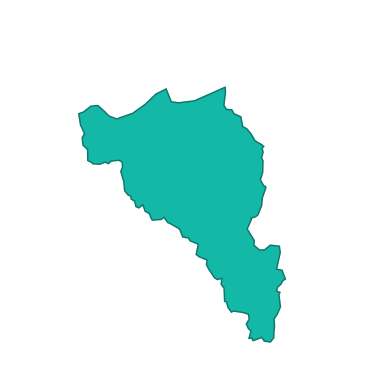 Maunabo, Puerto Rico (Equal Earth projection), rotated 205°
{"feature_id": "32010507B22166841242195", "entity_name": "Maunabo", "entity_type": "district", "adm_level": 2, "iso_a3": "PRI", "parent_name": "Puerto Rico", "parent_adm1": "", "projection": "equal_earth", "projection_center": [-65.926, 18.02], "detail": "fine", "context": "isolated", "style": "filled", "palette": "teal", "viewbox_px": 384, "rotation_deg": 205, "n_neighbors": 0, "source": "geoboundaries", "source_scale": "gbopen_adm2", "svg_char_len": 1904}
<svg xmlns="http://www.w3.org/2000/svg" viewBox="0 0 384 384"><g transform="rotate(205 192 192)"><path d="M57.5,89.2L56.3,94.5L58.7,100.0L60.6,105.5L64.0,111.5L63.1,117.0L63.3,125.3L69.8,135.6L69.9,138.2L73.4,137.8L74.3,141.9L72.4,146.0L72.3,150.0L70.5,152.5L77.4,159.2L82.7,157.7L86.5,174.5L89.9,179.8L98.6,176.9L101.8,170.2L106.4,167.9L113.6,170.0L115.0,174.3L126.4,181.8L126.6,192.2L127.5,193.1L123.8,196.5L122.6,199.3L123.1,209.0L125.8,216.5L126.9,227.4L128.2,228.2L129.6,227.9L135.2,232.0L135.2,232.6L136.3,239.8L140.9,250.4L143.3,252.2L144.4,258.2L147.0,261.3L146.2,263.5L148.5,264.3L156.4,265.0L163.2,269.7L169.0,272.4L173.8,272.8L179.5,280.8L187.1,280.7L190.5,283.3L195.9,281.4L199.8,284.2L203.9,296.7L206.2,300.9L206.5,300.7L216.3,289.4L228.3,275.7L237.8,269.7L241.4,267.4L243.5,266.7L248.8,265.0L251.9,267.8L252.3,268.2L253.4,269.2L259.0,274.5L266.0,265.6L271.6,251.4L278.1,239.9L279.0,238.3L285.0,232.4L291.1,226.4L294.0,226.2L299.4,225.8L305.9,228.2L313.6,230.5L313.9,230.6L319.9,227.0L324.1,218.7L327.7,215.1L321.4,205.7L314.1,199.5L314.4,194.7L310.6,188.4L304.5,186.3L299.8,176.5L295.2,176.3L293.9,175.6L287.3,178.2L283.4,182.3L279.7,182.5L278.3,185.8L271.9,189.8L269.7,189.8L267.7,189.4L265.4,184.9L265.2,180.5L258.1,172.5L253.7,164.8L249.1,162.4L245.6,162.3L244.3,160.0L240.1,159.4L236.6,155.1L233.5,155.1L231.0,159.6L226.3,154.7L221.4,154.4L218.5,151.4L216.1,149.7L208.3,154.1L207.1,156.5L206.4,157.1L201.0,154.0L198.7,154.2L196.5,154.0L187.7,153.2L185.2,151.0L181.4,147.3L175.8,148.8L173.0,146.9L164.6,147.4L164.0,146.5L161.8,137.1L157.8,136.3L149.5,136.7L148.3,132.4L144.5,129.3L135.5,123.9L132.1,123.3L128.4,126.3L126.6,120.7L122.3,118.4L116.2,106.7L114.2,106.9L110.4,102.4L105.5,99.8L104.1,101.6L95.5,104.2L89.3,105.1L86.4,101.0L87.0,95.3L83.1,92.0L79.8,91.0L78.5,83.5L76.1,84.8L73.8,83.1L67.2,89.7L63.5,87.4L57.5,89.2Z" fill="#14b8a6" stroke="#0f766e" stroke-width="1.5"/></g></svg>